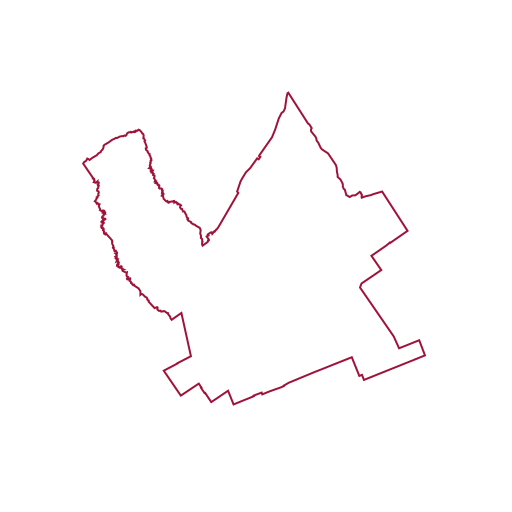 outline of Totoral, Córdoba, Argentina, rotated 56°
{"feature_id": "61730980B56418772605079", "entity_name": "Totoral", "entity_type": "district", "adm_level": 2, "iso_a3": "ARG", "parent_name": "Argentina", "parent_adm1": "Córdoba", "projection": "albers", "projection_center": [-64.25, -30.717], "detail": "fine", "context": "isolated", "style": "outline", "palette": "rose", "viewbox_px": 512, "rotation_deg": 56, "n_neighbors": 0, "source": "geoboundaries", "source_scale": "gbopen_adm2", "svg_char_len": 6107}
<svg xmlns="http://www.w3.org/2000/svg" viewBox="0 0 512 512"><g transform="rotate(56 256 256)"><path d="M82.7,347.6L99.7,347.5L100.4,347.9L100.9,347.2L101.8,347.1L102.1,347.7L103.3,347.7L104.1,349.2L105.8,347.8L105.5,345.8L106.3,346.5L106.9,345.4L107.3,345.3L108.4,346.7L108.5,347.5L109.4,347.6L109.8,347.1L110.3,347.6L110.4,348.0L111.4,348.9L111.4,349.7L112.6,351.0L113.1,351.2L114.3,350.5L115.4,350.7L116.3,352.1L117.8,352.6L117.9,354.1L118.7,354.6L118.4,355.3L119.0,355.5L119.1,356.1L119.8,356.8L120.5,359.0L121.4,358.6L123.7,358.7L123.6,357.7L124.8,357.6L125.6,356.8L126.7,358.5L130.3,359.1L130.7,359.7L133.3,358.5L134.2,358.9L134.3,358.3L133.9,358.4L133.5,357.5L132.9,357.2L133.5,356.6L135.4,356.7L135.3,357.9L135.8,357.4L136.7,357.5L136.1,358.6L136.4,359.1L137.3,359.6L137.3,361.3L138.1,362.2L139.1,362.1L139.3,361.4L140.1,361.0L140.7,360.2L141.2,360.2L141.3,361.4L140.8,361.9L140.8,362.9L141.1,365.0L141.6,365.2L142.5,363.5L143.2,363.5L143.7,364.0L143.5,365.1L145.0,366.4L145.1,366.9L144.4,367.3L145.3,368.1L146.6,368.3L147.2,368.0L147.3,367.2L148.1,367.0L148.6,367.2L148.9,368.2L149.2,368.5L150.5,368.1L151.4,369.0L152.7,369.4L153.1,369.1L152.9,368.6L153.0,368.3L153.5,369.0L153.8,368.9L153.4,367.8L162.6,366.6L163.7,367.1L163.7,367.4L165.8,368.5L167.9,368.6L168.9,369.8L169.5,369.3L170.0,370.0L170.7,369.8L173.1,370.7L173.4,370.5L173.3,369.3L175.8,369.4L176.3,370.1L175.8,371.0L176.7,370.8L177.2,371.3L177.6,371.1L178.2,372.2L178.1,372.6L178.4,372.5L178.4,372.8L179.0,372.5L178.9,372.1L179.1,372.0L179.7,372.5L179.7,373.2L180.5,372.7L180.3,373.5L181.6,373.3L182.3,374.3L182.3,373.4L183.0,374.2L183.3,374.1L183.1,373.2L184.6,373.4L184.3,374.0L185.1,374.8L185.5,374.7L185.3,375.2L186.0,375.7L185.8,376.3L186.3,376.7L186.9,375.9L187.6,376.4L188.5,375.9L188.8,374.3L189.3,373.3L189.9,373.4L190.1,374.8L190.7,374.1L191.3,374.3L192.6,373.6L192.1,374.4L193.8,374.9L197.3,372.8L197.4,372.2L199.6,374.2L200.3,374.4L201.7,373.8L202.6,375.6L203.3,375.8L203.9,375.2L203.6,373.8L204.0,372.9L204.5,372.9L205.9,374.7L207.6,374.2L208.5,374.7L209.5,374.0L210.2,374.4L211.3,374.2L211.5,373.2L211.8,373.2L212.0,373.7L217.1,371.5L219.2,371.5L220.5,371.5L223.5,373.5L223.3,372.2L224.3,371.4L227.9,370.7L229.2,369.9L230.8,370.0L231.3,370.5L233.1,369.9L233.8,370.6L242.5,369.2L243.0,366.7L243.7,366.4L245.2,367.7L247.3,367.1L247.9,365.7L249.1,365.7L249.6,364.4L250.0,364.1L250.0,363.4L250.7,362.6L253.4,361.7L254.1,360.9L255.3,361.4L258.0,361.1L259.9,361.7L261.7,361.6L261.5,349.7L302.7,366.0L300.9,381.0L301.2,381.1L299.5,396.6L329.7,396.4L329.8,374.8L334.6,374.8L334.6,375.3L340.9,375.3L341.0,374.7L352.1,374.8L352.1,354.5L366.5,357.6L371.0,336.3L370.4,336.1L372.4,327.7L374.2,328.2L375.9,320.1L378.8,309.0L379.4,306.0L379.4,305.6L379.0,305.5L379.4,299.7L384.9,272.6L393.5,233.2L413.2,237.4L413.8,234.6L419.1,235.8L432.9,171.5L417.1,167.8L412.5,189.0L399.7,186.8L340.3,187.4L337.8,183.9L337.7,160.0L320.4,160.2L320.2,142.3L319.7,137.5L320.2,137.5L319.9,116.3L273.1,115.4L270.1,124.8L269.9,126.4L267.9,131.4L266.8,135.7L265.5,135.1L265.0,134.3L264.1,133.9L263.1,134.1L261.8,133.7L260.8,134.2L261.1,136.0L261.2,139.7L259.6,142.5L259.5,145.4L256.9,146.5L256.2,147.1L250.8,145.3L249.4,145.7L247.1,145.3L244.9,143.8L243.6,143.6L240.0,143.2L236.1,144.1L234.3,142.9L231.8,142.0L227.8,139.7L225.0,138.9L211.2,138.9L204.5,141.7L202.5,141.9L196.9,141.0L194.1,141.2L192.4,140.3L190.3,140.0L183.5,140.6L181.9,139.7L181.1,138.3L176.7,138.2L175.2,138.8L138.7,137.9L138.7,138.9L141.5,141.9L149.8,149.4L151.6,152.4L151.7,154.8L154.7,160.2L161.8,169.3L166.5,176.3L174.6,197.4L174.9,197.6L176.3,197.0L177.3,199.7L175.7,200.4L179.9,211.8L181.0,217.6L184.1,224.4L185.5,227.1L191.8,235.3L192.0,235.6L193.8,235.4L211.2,271.4L212.0,274.0L211.8,274.2L212.7,276.5L212.2,276.7L213.2,279.9L211.5,279.5L211.1,280.7L211.2,283.9L212.4,283.9L212.2,286.0L215.8,285.9L216.2,286.9L216.6,286.7L216.2,285.4L217.4,288.6L217.5,294.5L216.2,294.2L214.7,293.1L214.3,292.3L213.6,292.3L211.8,291.2L210.2,291.6L208.5,290.3L206.2,289.7L203.6,287.4L201.1,286.9L197.5,288.8L195.8,289.2L194.9,290.2L194.4,290.2L193.4,290.9L192.2,291.2L191.7,290.8L188.8,292.4L187.4,292.4L187.2,291.4L186.8,291.2L185.4,291.8L182.7,290.8L181.4,290.9L180.1,290.5L178.9,290.6L178.3,291.6L175.6,291.0L174.9,291.8L173.2,291.8L172.3,290.9L172.2,289.9L171.2,290.0L170.4,290.5L169.3,292.2L168.9,292.0L169.1,291.7L168.8,291.3L167.1,291.9L167.4,292.2L165.9,292.9L166.0,293.9L164.5,293.2L164.2,293.8L164.4,294.6L163.6,295.5L163.0,297.2L162.4,297.7L163.0,298.6L162.6,298.9L161.9,299.1L160.8,298.9L160.8,299.6L160.3,299.9L157.0,300.6L154.0,299.5L153.6,299.7L153.6,300.2L153.3,300.5L153.0,300.2L153.3,298.7L152.9,297.9L152.0,297.9L151.9,298.4L151.2,298.8L150.3,297.8L150.0,296.9L149.4,296.7L149.0,297.2L148.0,296.4L147.1,296.7L146.4,298.0L145.9,298.3L145.4,298.4L145.1,297.9L144.2,297.7L144.0,297.0L143.3,296.7L142.6,296.9L142.0,297.8L140.4,297.4L139.3,298.6L138.9,298.1L139.4,297.3L138.1,297.6L137.6,298.2L137.4,297.8L137.7,297.0L134.3,297.1L133.8,296.0L132.6,295.2L131.5,296.1L130.5,295.5L130.5,294.9L129.2,295.1L128.4,296.1L127.5,295.7L126.9,295.8L126.9,295.3L127.8,294.2L127.5,293.7L126.8,294.7L126.0,294.1L125.4,294.7L125.0,293.8L124.5,293.7L123.4,295.3L122.8,293.3L122.2,293.7L121.7,293.6L120.6,292.4L120.3,291.6L119.3,291.4L119.1,290.5L118.1,290.1L118.0,289.0L116.6,288.8L116.4,288.3L115.6,288.4L114.1,287.8L113.1,288.0L112.0,287.2L111.0,287.7L109.2,287.6L108.4,287.2L106.5,287.8L105.1,287.2L105.3,286.3L104.8,285.7L99.8,284.4L98.7,284.4L98.1,283.3L97.7,283.5L95.7,283.1L95.4,283.5L93.2,281.7L91.8,281.3L90.8,281.8L89.4,281.6L86.8,282.0L85.6,282.7L85.6,283.3L85.9,284.1L84.9,285.5L85.6,286.0L85.6,286.6L84.7,286.8L84.5,287.8L84.9,288.0L84.3,288.7L83.9,290.2L83.4,290.2L83.3,290.7L82.9,290.8L83.0,291.3L82.2,292.5L82.3,294.4L83.4,296.0L83.4,297.0L82.7,297.4L82.4,298.3L82.6,298.9L81.7,300.0L80.8,302.2L80.5,305.2L79.7,306.1L79.7,308.0L79.2,310.2L79.4,314.3L79.1,319.5L79.3,320.6L80.6,321.6L81.7,323.1L82.4,325.8L83.0,326.6L82.8,329.5L83.4,331.5L83.1,337.2L83.3,340.3L81.8,340.8L80.9,341.4L81.6,342.5L82.2,344.4L81.9,345.6L82.7,347.6Z" fill="none" stroke="#9f1239" stroke-width="2"/></g></svg>